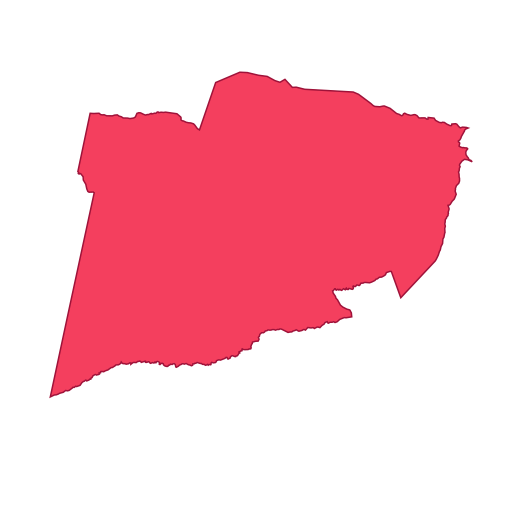 outline of Jáchal, San Juan, Argentina, rotated 102°
{"feature_id": "61730980B94061248290097", "entity_name": "Jáchal", "entity_type": "district", "adm_level": 2, "iso_a3": "ARG", "parent_name": "Argentina", "parent_adm1": "San Juan", "projection": "orthographic", "projection_center": [-68.237, -30.298], "detail": "fine", "context": "isolated", "style": "filled", "palette": "rose", "viewbox_px": 512, "rotation_deg": 102, "n_neighbors": 0, "source": "geoboundaries", "source_scale": "gbopen_adm2", "svg_char_len": 6020}
<svg xmlns="http://www.w3.org/2000/svg" viewBox="0 0 512 512"><g transform="rotate(102 256 256)"><path d="M94.7,331.5L144.4,337.5L143.6,339.8L140.5,343.3L139.7,344.6L139.4,347.4L139.7,349.6L139.7,352.1L139.0,355.1L139.1,356.2L138.7,357.2L138.4,357.7L136.5,358.0L135.7,358.5L133.3,362.9L134.1,374.4L134.8,376.3L135.1,378.8L136.0,380.9L135.5,381.5L135.5,382.0L136.0,382.8L136.7,383.0L137.4,384.1L137.3,384.7L138.6,387.2L138.7,387.8L138.3,388.2L140.0,390.5L140.3,391.9L141.1,393.3L140.9,395.0L140.0,398.6L140.2,400.4L141.2,402.1L145.1,402.9L146.5,404.4L147.8,407.9L147.8,410.3L148.6,414.6L147.8,416.6L147.6,419.1L146.8,421.0L147.6,423.6L148.8,425.7L149.9,431.2L149.4,434.1L149.8,434.9L150.0,437.2L149.0,439.2L150.4,444.5L150.9,447.9L210.5,447.8L211.3,446.7L212.2,447.0L212.4,446.7L212.6,446.1L211.9,444.9L212.0,444.5L214.4,441.6L217.6,440.7L221.2,437.4L225.5,435.5L227.8,433.9L228.3,432.6L227.3,428.6L227.8,427.4L356.2,427.8L436.6,427.9L433.9,424.4L433.3,422.5L432.1,420.6L431.2,419.7L429.4,416.2L427.1,414.2L427.1,412.4L426.3,410.8L423.2,408.1L422.5,407.8L422.3,406.5L420.9,405.3L421.0,404.3L419.1,401.2L415.9,399.9L414.6,398.7L414.1,397.8L412.9,397.0L412.8,396.4L413.4,395.6L412.0,393.5L411.1,393.1L410.8,392.0L409.8,392.0L409.0,391.1L407.1,390.6L405.6,389.0L405.3,388.3L405.6,387.1L404.8,386.0L404.7,385.3L404.0,384.6L403.0,385.1L402.6,383.8L401.5,383.9L401.1,383.5L401.1,382.4L400.7,381.7L400.9,380.9L399.6,379.5L398.2,377.1L395.3,374.5L394.9,373.2L393.1,371.5L393.1,371.3L391.9,370.6L391.4,369.6L391.1,368.1L390.2,366.9L388.9,366.0L387.7,365.8L388.8,364.5L388.9,363.6L388.6,361.8L388.8,360.5L387.9,358.3L386.8,357.3L386.7,356.1L387.9,355.9L386.0,354.3L385.5,353.4L385.2,351.1L383.6,349.6L383.5,348.7L382.9,347.9L383.2,346.8L383.9,346.1L381.9,342.5L382.0,342.1L382.9,342.0L383.0,341.7L382.8,340.9L381.7,339.0L381.9,338.4L382.8,337.3L382.9,336.8L381.8,335.1L381.9,333.6L381.5,333.1L380.8,332.9L380.7,332.3L381.2,331.7L380.0,331.2L379.6,330.4L379.8,329.0L380.4,328.1L381.9,328.2L382.1,327.9L382.1,327.3L380.7,326.3L380.4,325.1L380.7,324.3L381.5,324.0L381.9,323.5L382.5,322.2L382.6,320.9L382.5,319.8L382.1,319.2L381.1,318.8L380.6,317.7L379.6,317.2L379.5,315.4L378.9,315.0L378.3,313.6L378.9,312.4L381.2,311.4L381.4,310.8L380.0,309.1L378.7,308.2L377.6,306.6L376.8,305.9L376.5,304.7L376.7,303.7L375.7,302.0L376.4,299.6L376.4,298.0L376.8,296.4L376.1,295.3L374.6,295.3L374.4,294.1L373.7,293.6L373.5,292.6L372.4,291.5L372.7,288.1L372.5,287.0L373.1,285.9L372.8,284.1L373.4,282.8L372.8,281.6L372.1,281.0L372.3,280.3L372.7,280.0L371.9,279.3L371.8,277.7L371.4,277.5L370.1,277.7L369.2,277.2L369.4,275.6L368.7,273.6L367.7,272.9L366.7,272.9L366.2,272.3L365.3,270.8L365.2,269.1L362.6,265.1L361.4,264.2L361.3,263.1L362.5,262.4L362.6,261.8L361.1,260.0L359.9,260.0L358.5,258.8L358.4,258.1L358.8,255.6L358.6,254.9L357.9,254.7L357.6,253.7L357.1,253.3L354.7,252.4L354.3,251.9L354.1,252.5L353.3,252.7L352.7,251.7L352.1,251.3L351.7,250.1L351.2,250.0L350.1,250.4L349.7,250.2L350.1,249.1L350.0,247.7L349.1,244.2L348.2,243.3L348.3,242.6L347.7,241.7L346.3,241.8L345.8,242.2L343.2,241.9L342.4,241.4L341.0,241.6L339.5,238.7L338.8,236.2L336.8,235.7L335.2,236.7L334.6,236.6L333.9,236.0L331.9,236.0L329.8,234.5L329.6,232.9L328.7,231.9L327.4,231.3L326.8,229.8L325.8,228.9L325.7,227.3L325.3,225.8L324.7,225.0L324.2,223.0L324.5,221.6L323.5,220.0L323.1,218.2L322.4,217.5L322.3,216.7L322.3,215.6L324.1,208.8L323.3,207.0L322.8,205.2L321.7,204.2L320.7,202.3L319.8,201.3L320.6,198.9L320.6,198.3L319.3,195.6L318.1,194.3L317.9,193.5L318.2,192.2L315.2,190.5L314.9,187.1L314.4,186.0L314.2,184.8L314.8,183.9L312.8,181.4L312.6,180.3L312.8,178.6L310.2,177.0L308.4,175.2L306.8,174.7L305.8,173.3L305.4,172.7L306.7,171.6L306.7,171.3L305.4,169.7L304.9,167.6L304.1,166.3L304.6,165.2L304.5,164.6L303.4,162.9L300.6,160.9L297.9,156.9L297.7,155.1L295.6,149.7L291.8,150.9L289.4,152.9L289.2,153.7L289.1,156.1L287.9,160.5L286.5,163.2L281.8,167.3L280.8,168.9L279.0,169.9L276.2,172.8L274.2,173.8L273.7,173.1L271.7,172.2L271.6,171.5L272.6,170.8L272.7,170.2L271.5,169.0L272.1,167.8L271.4,167.4L271.2,166.9L271.8,165.7L271.8,165.0L269.8,163.6L270.5,161.6L270.0,161.1L269.1,161.3L268.6,161.0L269.6,159.8L269.7,159.2L269.5,158.7L268.5,158.5L268.4,158.2L268.6,154.9L268.0,154.2L267.2,154.1L265.5,154.8L265.1,154.6L265.4,152.8L264.6,152.0L263.5,151.5L263.3,150.5L263.5,149.0L262.9,148.4L260.8,147.7L260.2,145.5L259.5,144.8L259.1,143.4L258.6,139.3L257.4,137.4L255.2,134.6L253.7,133.8L253.1,132.5L251.2,131.0L250.5,128.7L248.8,126.7L247.5,125.5L245.1,125.0L243.2,121.8L243.0,120.4L266.7,105.7L223.5,79.6L221.4,78.9L217.3,77.9L213.4,77.5L211.8,77.0L208.4,77.0L204.9,76.1L200.5,76.7L198.6,76.1L194.4,76.2L193.9,76.0L189.8,77.1L187.5,77.0L185.4,78.0L183.7,78.0L181.1,78.4L179.3,77.6L178.1,77.5L176.6,76.6L175.1,76.8L174.5,76.6L173.3,77.1L169.8,76.9L166.5,78.7L166.2,77.8L165.2,76.8L161.6,75.5L159.3,74.0L158.1,73.7L154.0,73.0L151.1,74.7L149.5,74.7L148.5,75.0L145.5,74.6L142.7,72.8L140.3,72.5L137.6,73.1L136.5,73.7L133.8,74.4L131.6,75.4L130.5,75.0L127.6,75.3L126.3,74.9L124.8,75.9L123.8,75.8L120.4,74.3L118.1,72.2L117.9,68.7L118.9,64.1L117.8,65.7L117.5,67.6L115.8,68.9L115.1,69.9L113.2,71.7L110.8,72.4L109.2,72.2L107.2,71.2L106.7,71.7L106.5,72.9L106.8,74.0L106.8,75.8L107.1,76.4L107.0,78.4L106.3,80.2L103.2,80.2L102.7,80.7L102.4,81.6L101.5,82.0L100.1,80.8L98.4,80.2L96.2,79.9L90.5,78.1L89.4,78.1L88.1,77.1L86.7,75.1L86.5,77.0L87.0,80.8L88.2,82.8L87.3,84.5L85.3,87.0L85.1,88.3L86.2,91.9L87.7,91.9L88.0,92.5L88.1,93.4L87.3,96.9L86.2,99.5L86.4,101.4L87.1,102.5L87.2,104.6L86.0,108.6L84.1,110.5L84.7,116.4L86.4,116.3L86.6,117.5L85.8,119.2L85.9,120.2L87.0,124.9L87.0,125.4L85.2,127.7L84.7,129.5L84.8,130.7L86.3,133.8L86.1,137.7L85.4,140.2L86.2,141.3L86.9,141.3L87.7,141.8L88.4,142.4L88.5,143.0L87.7,145.3L87.4,148.1L83.7,155.5L82.6,161.6L82.9,162.8L84.3,166.0L85.0,171.0L84.4,172.9L83.0,175.3L76.5,189.4L75.4,195.0L82.8,243.0L82.5,251.7L83.5,255.5L77.2,264.4L81.1,268.7L80.5,274.0L78.0,282.4L78.7,291.2L78.4,302.7L79.6,310.0L94.7,331.5Z" fill="#f43f5e" stroke="#9f1239" stroke-width="1.5"/></g></svg>